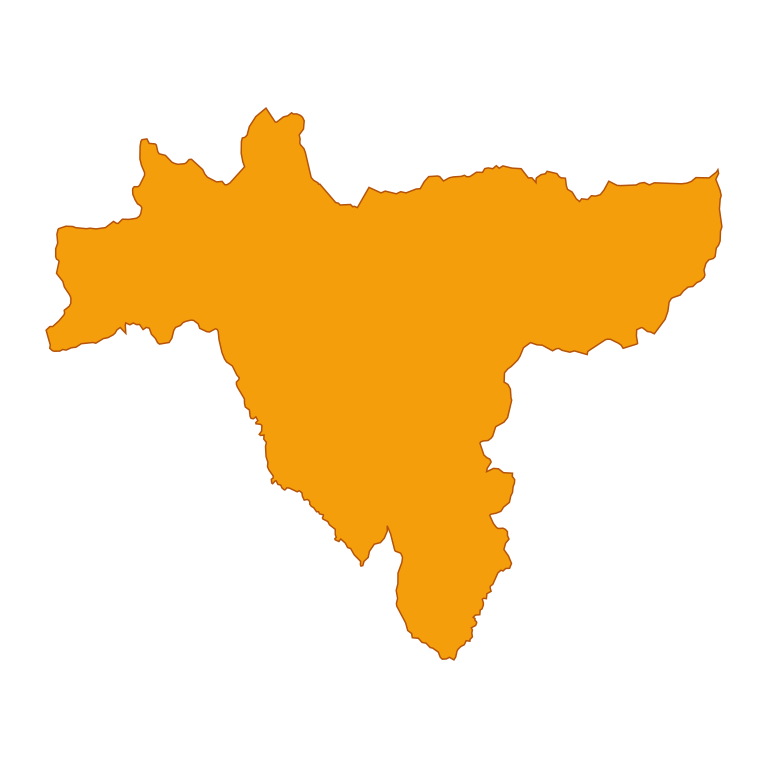 Bac Tra My, Quàng Nam, Vietnam
{"feature_id": "81297802B65636962466894", "entity_name": "Bac Tra My", "entity_type": "district", "adm_level": 2, "iso_a3": "VNM", "parent_name": "Vietnam", "parent_adm1": "Quàng Nam", "projection": "equal_earth", "projection_center": [108.196, 15.277], "detail": "fine", "context": "isolated", "style": "filled", "palette": "amber", "viewbox_px": 768, "rotation_deg": 0, "n_neighbors": 0, "source": "geoboundaries", "source_scale": "gbopen_adm2", "svg_char_len": 6079}
<svg xmlns="http://www.w3.org/2000/svg" viewBox="0 0 768 768"><path d="M291.6,112.8L287.8,115.8L283.4,116.9L276.6,122.2L275.1,121.9L266.0,108.1L255.8,116.6L249.3,126.7L247.1,135.1L244.9,137.3L242.3,138.0L241.4,141.6L241.2,153.3L242.8,161.7L244.6,166.8L229.9,183.0L226.8,184.8L224.8,184.7L222.1,181.4L216.5,181.9L207.4,177.2L204.9,174.2L202.7,169.6L191.5,159.3L189.1,159.5L186.4,162.7L184.5,163.7L177.7,164.3L174.2,163.3L171.9,162.2L165.4,155.4L159.2,153.8L157.8,151.7L156.3,145.0L155.0,143.9L149.2,143.4L146.9,138.9L141.9,139.7L140.9,141.4L140.1,146.4L139.9,158.9L141.4,165.1L144.6,172.7L144.5,175.5L139.6,185.3L138.1,186.7L134.2,186.7L132.8,188.5L132.6,190.6L132.9,194.6L135.2,200.0L137.5,203.8L140.6,205.8L141.8,207.8L140.8,213.5L139.4,216.2L136.6,218.2L129.0,219.4L122.4,219.2L118.2,223.4L116.5,223.3L113.5,221.4L105.5,227.6L96.1,228.9L89.9,228.2L86.5,228.7L75.8,227.7L72.8,226.5L65.9,226.2L58.6,228.7L58.0,229.6L56.9,234.3L57.7,243.1L55.7,248.7L55.7,256.7L56.5,259.0L58.7,260.5L59.0,261.7L56.5,273.3L62.8,281.4L64.4,287.1L69.8,295.2L70.9,298.1L70.8,303.3L69.2,306.3L64.2,310.3L64.6,313.2L63.9,315.0L58.9,320.9L52.8,326.5L49.8,326.6L46.1,330.2L50.3,345.1L49.7,348.2L52.4,350.7L54.1,351.2L59.8,351.1L62.7,349.5L66.2,350.1L71.1,347.8L76.0,347.2L81.3,343.7L93.0,342.5L95.8,343.2L103.3,338.6L107.9,337.7L113.1,334.9L115.1,333.1L116.9,329.9L120.2,327.5L125.8,333.4L125.3,325.3L125.7,322.9L129.9,324.8L133.3,323.0L136.4,324.6L139.6,324.5L143.1,329.6L146.3,327.4L149.3,328.2L151.4,334.2L155.4,338.4L157.6,342.7L159.5,344.1L169.1,342.5L171.9,338.1L173.8,330.4L175.6,327.4L180.4,325.5L183.1,322.5L186.0,321.3L191.0,320.1L193.6,320.4L198.2,323.9L199.8,328.4L206.9,331.7L209.5,332.0L215.4,328.8L217.2,329.4L218.2,331.4L219.0,339.6L222.0,352.7L224.6,359.1L226.6,362.0L232.4,366.0L236.8,374.9L239.3,377.9L238.7,379.7L236.4,382.1L236.4,384.2L237.3,386.9L244.4,398.9L244.5,403.4L245.3,407.0L249.4,410.0L250.1,416.3L251.0,418.3L253.3,418.8L255.9,416.9L257.9,420.6L255.8,422.6L256.0,423.8L260.5,424.3L261.9,425.6L261.6,431.1L259.2,434.4L260.6,435.5L264.0,435.0L263.8,439.1L266.4,442.5L265.5,446.6L266.1,456.8L267.9,462.3L267.5,466.7L268.9,469.9L273.2,476.0L273.1,478.0L271.3,479.3L271.7,483.0L272.7,483.7L275.0,481.1L276.1,480.7L277.9,484.4L280.7,485.1L282.0,488.0L284.3,489.9L285.3,489.7L286.7,487.9L289.1,488.0L297.2,491.8L299.3,490.7L301.9,492.8L302.4,496.2L304.2,500.1L307.2,499.5L308.8,500.3L309.7,501.8L309.8,504.3L311.4,506.4L313.6,507.6L316.6,511.8L318.5,511.7L319.5,513.9L323.3,514.8L323.3,516.1L322.4,517.8L322.9,519.0L327.8,521.5L329.5,524.8L335.2,529.3L335.3,534.8L336.3,537.3L334.8,538.8L335.2,539.8L338.9,541.5L340.8,539.0L345.4,543.2L347.6,547.5L350.7,548.6L354.2,554.8L360.6,561.4L360.4,564.8L361.0,566.1L362.8,565.6L364.0,561.4L368.2,557.4L369.4,551.4L374.3,544.2L380.4,542.6L384.3,538.2L387.3,531.0L387.2,525.7L390.6,533.9L394.7,550.2L395.3,551.1L400.7,553.2L402.5,557.3L401.9,562.3L398.0,573.1L397.9,583.7L396.2,590.4L397.6,598.4L396.4,603.4L396.8,606.2L405.7,623.0L407.7,630.5L411.6,633.5L412.3,637.7L418.4,638.3L422.0,642.4L426.1,643.2L430.1,647.5L432.7,648.1L438.3,652.1L440.3,657.3L442.3,659.2L446.5,658.9L449.4,657.3L453.9,659.9L455.7,657.0L457.0,651.1L458.1,649.2L460.7,646.6L464.3,644.7L466.2,640.7L469.9,641.2L470.1,639.3L472.4,636.9L471.8,633.0L472.4,630.0L471.3,627.8L475.7,625.4L476.7,622.8L476.4,621.5L475.0,620.5L475.0,618.5L473.2,617.3L475.4,615.1L479.8,614.7L480.2,610.0L482.0,608.9L483.3,605.3L483.4,603.0L482.3,599.2L483.6,598.3L486.4,598.7L486.9,593.7L491.1,591.3L490.1,587.8L490.3,586.2L492.8,584.3L497.9,572.9L501.0,570.2L503.0,571.0L505.7,568.5L509.6,568.3L511.5,563.4L508.4,555.9L503.9,549.5L505.6,543.2L509.0,539.1L507.5,535.7L507.4,531.6L505.4,529.4L503.0,528.2L498.4,528.5L496.6,527.6L493.4,523.5L489.7,515.3L490.9,514.2L496.1,513.2L500.9,511.3L503.6,507.1L509.4,502.4L510.7,496.2L512.5,492.4L513.1,486.7L514.4,483.3L514.7,479.7L512.3,476.4L512.5,473.2L503.5,472.7L498.5,468.8L493.6,468.4L486.6,471.7L487.2,468.3L491.0,462.4L491.0,461.4L489.7,459.0L487.0,457.8L483.9,455.0L479.9,443.2L480.6,442.0L482.9,441.0L488.1,440.5L491.3,438.0L492.7,436.1L495.7,426.7L503.9,422.2L507.6,417.6L511.7,400.1L511.0,398.1L510.4,389.1L508.0,384.5L504.1,382.1L504.5,372.8L507.9,368.8L511.4,366.3L517.7,360.0L520.1,356.0L523.5,347.7L530.5,342.6L536.9,344.8L542.3,345.2L552.6,350.8L556.4,348.7L559.0,348.5L562.0,350.3L569.8,352.2L574.4,350.9L587.2,354.6L587.6,351.9L588.5,350.9L605.3,339.8L607.2,339.2L610.4,339.3L618.4,343.2L621.1,345.1L623.1,348.3L637.0,344.0L637.6,343.3L636.4,336.0L636.7,329.7L641.3,327.6L642.7,327.9L647.4,331.5L650.6,332.0L654.3,333.8L665.1,319.3L667.9,311.2L669.1,302.2L670.9,299.1L672.4,297.8L680.3,295.0L683.3,291.1L688.0,287.1L692.8,286.5L696.8,282.6L700.5,281.0L704.1,277.4L704.9,275.0L704.0,270.0L705.9,263.4L708.7,259.9L713.3,258.5L715.1,256.6L716.3,248.0L718.5,245.3L720.1,241.0L720.5,231.1L721.9,226.8L719.4,209.0L720.2,199.0L721.2,195.6L720.1,190.5L715.8,179.3L718.6,173.5L717.9,169.7L716.5,172.0L709.1,177.9L695.9,177.6L691.4,181.4L687.0,183.1L681.6,183.8L654.3,182.8L649.4,184.9L644.3,182.5L639.8,183.2L636.1,185.0L620.6,185.6L617.1,185.4L608.8,181.2L603.9,190.2L600.3,194.7L595.5,196.1L591.4,195.7L587.7,199.5L581.6,198.8L579.6,201.5L576.4,199.0L572.1,192.0L567.5,189.3L566.4,185.9L565.4,178.2L561.0,177.8L559.2,176.7L556.9,173.6L547.1,171.3L545.3,173.8L541.1,174.6L536.7,177.7L536.1,178.7L536.0,182.6L531.9,177.8L528.3,177.9L521.2,168.7L511.9,168.1L502.9,165.9L499.2,168.2L496.3,165.7L492.8,168.7L488.2,167.9L484.8,168.6L482.5,172.4L476.5,172.2L470.0,176.5L466.9,176.8L464.4,175.3L461.2,176.4L453.4,176.9L449.5,177.7L443.5,181.0L439.7,176.6L437.6,176.0L428.7,176.6L424.3,181.6L420.2,188.7L416.2,189.0L406.0,192.9L400.7,191.7L396.3,193.8L385.2,191.1L381.0,192.9L369.0,187.4L357.4,207.6L354.2,206.3L352.8,206.8L350.5,204.5L340.1,205.0L338.4,203.2L335.6,202.5L319.8,184.1L318.5,184.2L318.0,182.9L313.6,180.3L311.2,177.6L305.4,152.7L304.0,148.8L300.3,144.5L299.8,142.7L300.1,139.1L299.2,134.9L303.5,129.0L304.2,120.8L302.5,117.3L300.6,115.5L296.8,113.9L293.3,114.0L291.6,112.8Z" fill="#f59e0b" stroke="#b45309" stroke-width="1.5"/></svg>